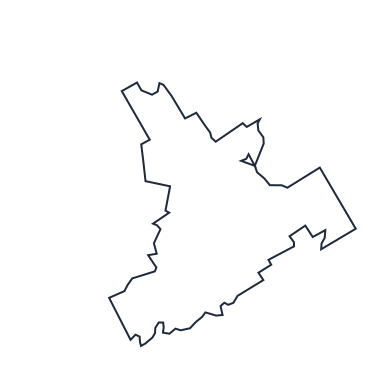 Três Arroios, Rio Grande do Sul, Brazil (Mercator projection), rotated 241°
{"feature_id": "56859067B70132107464338", "entity_name": "Três Arroios", "entity_type": "district", "adm_level": 2, "iso_a3": "BRA", "parent_name": "Brazil", "parent_adm1": "Rio Grande do Sul", "projection": "mercator", "projection_center": [-52.186, -27.488], "detail": "fine", "context": "isolated", "style": "outline", "palette": "slate", "viewbox_px": 384, "rotation_deg": 241, "n_neighbors": 0, "source": "geoboundaries", "source_scale": "gbopen_adm2", "svg_char_len": 1295}
<svg xmlns="http://www.w3.org/2000/svg" viewBox="0 0 384 384"><g transform="rotate(241 192 192)"><path d="M79.1,181.6L80.4,211.7L89.2,211.0L90.0,226.0L95.6,226.0L95.0,254.9L98.5,256.8L106.0,255.9L107.7,274.8L94.1,275.8L94.0,290.1L87.5,285.8L84.2,280.4L79.3,277.2L80.1,304.2L80.5,317.4L103.9,316.8L151.4,315.6L149.5,277.5L154.4,273.7L160.2,263.4L168.6,261.9L177.7,258.5L184.4,259.6L199.6,278.2L205.2,280.9L213.8,279.9L220.1,282.6L222.7,286.5L222.4,271.4L227.6,269.7L224.5,237.1L230.0,235.3L235.1,236.7L242.8,235.7L259.2,234.2L259.7,221.6L285.9,220.7L299.5,219.0L303.0,216.3L296.5,210.7L296.5,204.2L305.5,197.0L314.4,197.0L314.3,179.5L258.2,180.4L258.3,170.7L242.7,164.4L224.0,156.6L207.6,175.6L188.6,159.8L185.0,162.0L183.2,142.6L179.8,145.3L174.8,146.4L165.6,133.8L155.1,131.2L158.0,123.0L143.2,124.2L140.6,121.0L145.4,97.9L141.9,90.6L138.1,84.9L139.6,68.2L92.5,66.6L94.6,73.4L90.9,76.1L86.4,73.9L82.1,72.8L82.1,77.8L83.0,82.2L83.8,86.6L86.4,91.1L90.9,94.0L94.0,99.6L91.8,103.5L87.3,101.6L83.1,98.4L79.0,103.5L80.5,111.3L76.5,115.1L73.8,124.2L76.5,132.6L77.9,140.4L80.2,145.3L76.1,149.4L72.2,153.2L69.6,159.1L73.8,160.3L78.4,161.7L79.5,166.6L75.8,169.0L75.0,174.4L79.1,181.6ZM184.4,259.6L195.4,250.1L194.7,255.6L197.6,259.8L184.4,259.6Z" fill="none" stroke="#1e293b" stroke-width="2"/></g></svg>